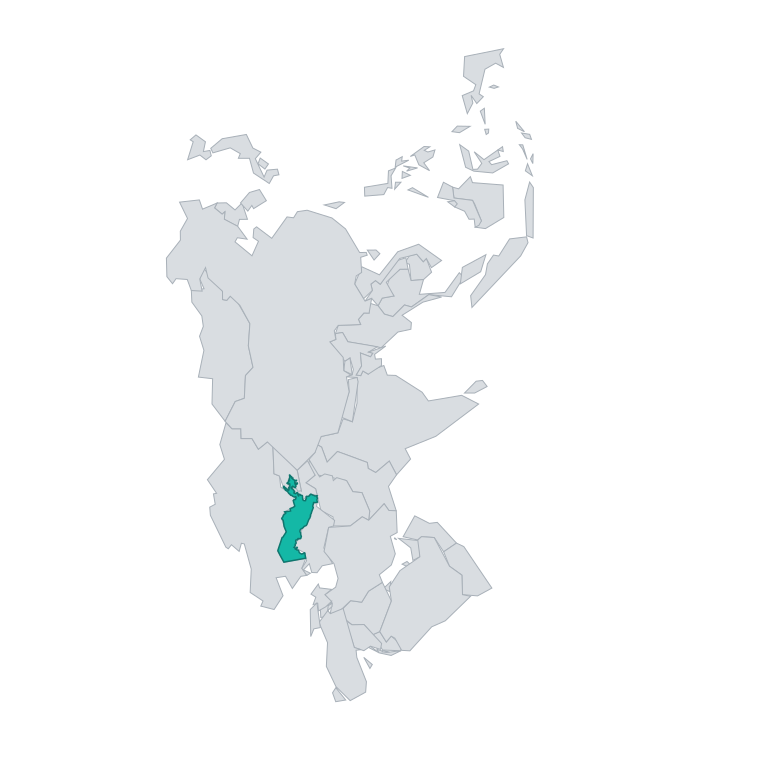 Uzbekistan highlighted on a map of Asia, rotated 257°
{"feature_id": "UZB", "entity_name": "Uzbekistan", "entity_type": "country or territory", "adm_level": 0, "iso_a3": "UZB", "parent_name": "Asia", "parent_adm1": "", "projection": "robinson", "projection_center": [66.075, 41.364], "detail": "fine", "context": "in_parent", "style": "filled", "palette": "teal", "viewbox_px": 768, "rotation_deg": 257, "n_neighbors": 45, "source": "natural_earth", "source_scale": "50m", "svg_char_len": 18329}
<svg xmlns="http://www.w3.org/2000/svg" viewBox="0 0 768 768"><g transform="rotate(257 384 384)"><path d="M381.7,221.3L374.6,225.8L372.6,234.4L363.0,232.5L360.5,243.1L348.7,246.9L353.8,257.3L351.2,262.3L321.3,256.6L317.9,261.4L306.6,260.2L294.3,272.5L284.8,269.5L281.8,258.4L275.9,254.0L261.9,255.4L245.2,242.9L232.7,246.4L231.8,268.6L222.9,262.5L214.9,265.7L215.3,259.7L205.4,248.7L218.8,244.8L219.5,235.3L200.4,238.0L189.0,226.2L195.3,214.0L199.8,217.3L211.0,206.7L233.5,213.0L259.6,211.9L260.9,209.2L253.5,205.2L261.7,199.2L258.5,195.2L260.6,193.2L295.1,185.3L303.2,186.5L304.8,192.5L315.3,193.1L315.1,196.3L330.5,190.4L346.5,211.6L361.9,210.4L381.7,221.3Z" fill="#d9dde1" stroke="#a8b0b8" stroke-width="1"/><path d="M684.9,536.2L683.8,575.9L679.2,570.9L665.6,571.6L671.5,564.9L668.0,553.2L645.3,541.9L641.6,545.4L636.4,537.5L645.7,533.8L637.8,533.8L628.7,526.0L647.4,525.1L649.5,537.2L655.0,540.8L665.9,530.7L684.9,536.2ZM597.6,574.5L594.5,582.1L589.2,582.7L592.2,576.9L597.6,574.5ZM647.7,562.3L647.3,557.8L649.6,553.5L650.6,558.2L647.7,562.3ZM560.4,495.1L557.4,500.6L566.6,514.8L560.3,515.5L551.1,544.8L519.3,538.2L512.6,517.8L516.3,508.1L521.0,515.6L538.7,512.9L543.0,511.6L549.5,494.0L560.4,495.1ZM614.3,541.0L628.2,539.2L630.1,543.8L614.3,541.0ZM608.8,543.4L605.1,542.3L604.1,539.7L609.5,539.4L608.8,543.4ZM614.6,507.0L618.8,513.4L615.7,525.8L611.9,514.1L614.6,507.0ZM576.8,512.3L600.2,511.6L591.9,518.9L573.1,518.9L572.3,523.5L577.0,528.9L590.0,524.1L580.1,531.9L588.6,552.9L583.7,552.5L586.4,547.5L579.7,548.2L577.1,536.3L573.5,538.2L573.9,554.0L570.5,554.9L565.2,537.4L571.2,519.4L576.8,512.3ZM574.9,581.1L565.3,578.6L570.4,577.4L574.9,581.1ZM570.6,574.0L581.8,571.9L586.7,569.7L585.8,573.0L570.6,574.0ZM559.9,569.7L566.3,573.4L553.5,575.4L559.9,569.7ZM496.5,556.3L531.7,562.7L548.0,571.3L541.8,573.7L492.7,562.1L496.5,556.3ZM482.9,524.6L497.1,539.0L495.3,556.0L489.3,556.1L478.1,546.0L438.8,486.9L450.6,488.3L467.7,507.5L477.8,511.8L485.0,519.7L482.9,524.6Z" fill="#d9dde1" stroke="#a8b0b8" stroke-width="1"/><path d="M598.2,577.6L603.0,571.7L610.4,571.5L598.2,577.6Z" fill="#d9dde1" stroke="#a8b0b8" stroke-width="1"/><path d="M127.1,317.4L121.9,326.0L120.3,340.4L117.9,329.9L123.2,318.6L127.1,317.4Z" fill="#d9dde1" stroke="#a8b0b8" stroke-width="1"/><path d="M131.6,311.8L123.4,318.5L131.0,309.4L131.6,311.8Z" fill="#d9dde1" stroke="#a8b0b8" stroke-width="1"/><path d="M125.1,322.8L121.4,329.1L123.4,321.9L125.1,322.8Z" fill="#d9dde1" stroke="#a8b0b8" stroke-width="1"/><path d="M125.1,322.8L142.3,316.8L143.7,324.2L132.1,328.2L136.7,334.3L126.2,342.3L120.3,340.4L125.1,322.8Z" fill="#d9dde1" stroke="#a8b0b8" stroke-width="1"/><path d="M205.6,372.5L218.3,373.2L230.3,363.5L223.4,383.1L207.6,380.1L205.6,372.5Z" fill="#d9dde1" stroke="#a8b0b8" stroke-width="1"/><path d="M201.6,369.4L201.4,364.9L204.4,361.1L205.9,366.5L201.6,369.4Z" fill="#d9dde1" stroke="#a8b0b8" stroke-width="1"/><path d="M184.6,337.0L190.0,346.2L180.5,342.9L184.6,337.0Z" fill="#d9dde1" stroke="#a8b0b8" stroke-width="1"/><path d="M143.7,324.2L142.3,316.8L154.1,310.4L156.6,298.6L164.6,292.4L174.5,293.7L180.4,302.8L176.4,313.2L185.6,322.3L191.1,337.8L170.9,342.4L143.7,324.2Z" fill="#d9dde1" stroke="#a8b0b8" stroke-width="1"/><path d="M224.4,381.8L230.9,368.3L248.6,384.3L238.0,396.9L237.2,404.8L212.7,418.8L207.1,404.4L223.1,398.4L226.8,386.2L224.4,381.8ZM231.6,359.9L229.4,361.4L230.9,359.4L231.6,359.9Z" fill="#d9dde1" stroke="#a8b0b8" stroke-width="1"/><path d="M476.9,446.0L478.7,433.6L495.0,435.7L497.3,431.5L503.5,437.8L503.1,445.1L494.3,449.8L496.8,453.5L482.2,455.5L476.9,446.0Z" fill="#d9dde1" stroke="#a8b0b8" stroke-width="1"/><path d="M490.5,433.3L478.7,433.6L476.9,446.0L463.4,438.6L459.5,464.0L475.5,482.4L470.2,485.6L453.8,469.4L461.0,447.8L452.9,428.1L456.4,421.7L447.7,407.8L452.0,400.1L461.6,395.8L468.1,401.6L467.5,413.5L478.6,408.7L486.9,414.0L492.2,425.4L490.5,433.3Z" fill="#d9dde1" stroke="#a8b0b8" stroke-width="1"/><path d="M502.1,433.7L490.5,433.3L492.2,425.4L482.6,409.1L467.5,413.5L468.1,401.6L461.6,395.8L470.2,391.2L469.0,384.2L477.8,393.7L484.3,393.7L486.7,399.0L482.0,402.8L501.2,423.3L502.1,433.7Z" fill="#d9dde1" stroke="#a8b0b8" stroke-width="1"/><path d="M461.6,395.8L452.0,400.1L447.7,407.8L456.4,421.7L452.9,428.1L461.0,447.8L455.8,459.7L455.0,440.3L446.9,417.1L437.7,424.5L431.3,422.5L431.5,409.2L420.0,389.4L433.3,358.3L443.5,355.2L444.0,348.0L451.4,352.6L447.2,374.6L452.7,373.6L457.7,380.4L456.4,385.4L466.6,387.1L461.6,395.8Z" fill="#d9dde1" stroke="#a8b0b8" stroke-width="1"/><path d="M486.7,456.4L496.8,453.5L494.3,449.8L503.1,445.1L502.8,427.6L482.0,402.8L486.7,399.0L484.3,393.7L477.8,393.7L471.7,383.3L488.0,377.9L503.1,388.9L491.4,404.1L509.8,427.2L512.4,449.2L491.4,467.9L486.7,456.4Z" fill="#d9dde1" stroke="#a8b0b8" stroke-width="1"/><path d="M597.9,262.1L596.0,271.2L587.1,278.0L592.4,286.4L575.2,288.0L576.9,280.2L570.6,276.9L573.6,273.1L580.4,265.5L587.6,267.7L585.9,264.5L593.7,258.5L597.9,262.1Z" fill="#d9dde1" stroke="#a8b0b8" stroke-width="1"/><path d="M583.1,290.2L592.7,284.9L600.9,296.0L601.5,306.4L589.1,310.6L584.2,296.4L587.7,295.4L583.1,290.2Z" fill="#d9dde1" stroke="#a8b0b8" stroke-width="1"/><path d="M383.4,220.8L403.2,211.9L427.7,218.2L432.5,204.7L457.3,216.1L472.0,215.0L480.8,220.9L491.3,221.8L507.0,215.2L518.4,217.3L517.3,230.1L527.8,228.1L537.5,234.2L510.7,247.5L502.6,245.7L500.9,249.6L504.1,253.9L498.3,259.2L473.0,266.9L451.7,260.4L429.7,260.1L423.4,250.9L401.5,244.7L400.4,235.1L383.4,220.8Z" fill="#d9dde1" stroke="#a8b0b8" stroke-width="1"/><path d="M444.0,348.0L443.5,355.2L433.3,358.3L421.8,385.9L418.6,376.2L416.5,380.1L413.5,377.0L419.5,368.0L406.5,366.2L399.0,359.0L397.4,363.2L401.4,366.4L397.1,370.9L400.4,372.5L402.0,388.0L391.9,389.2L389.7,397.4L367.4,419.3L357.5,423.4L355.5,457.1L343.2,471.7L321.4,422.8L316.2,390.1L304.9,393.0L292.7,375.8L307.7,371.8L299.6,356.0L305.3,349.6L311.3,350.1L328.7,323.5L320.7,311.0L336.5,309.0L341.2,303.9L347.0,311.0L346.8,328.1L359.3,336.3L354.3,344.7L371.4,353.4L396.4,359.2L399.4,349.0L400.3,355.1L405.1,357.4L417.0,356.7L414.9,351.0L437.2,340.7L438.3,347.1L444.0,348.0Z" fill="#d9dde1" stroke="#a8b0b8" stroke-width="1"/><path d="M418.6,376.2L420.6,394.3L415.0,381.5L410.2,381.2L409.2,387.2L402.6,385.8L397.1,370.9L401.4,366.4L397.4,363.2L399.0,359.0L406.5,366.2L419.5,368.0L413.5,377.0L416.5,380.1L418.6,376.2Z" fill="#d9dde1" stroke="#a8b0b8" stroke-width="1"/><path d="M414.9,351.0L417.0,356.7L400.3,355.1L406.0,347.8L414.9,351.0Z" fill="#d9dde1" stroke="#a8b0b8" stroke-width="1"/><path d="M396.3,350.3L396.4,359.2L392.1,359.3L354.3,344.7L361.4,334.8L384.3,348.3L396.3,350.3Z" fill="#d9dde1" stroke="#a8b0b8" stroke-width="1"/><path d="M341.2,303.9L336.5,309.0L320.7,311.0L328.7,323.5L311.3,350.1L305.3,349.6L299.6,356.0L307.7,371.8L292.7,375.8L283.2,365.3L257.7,367.4L259.7,360.3L267.3,357.2L254.7,338.4L263.4,341.5L283.1,338.1L286.1,329.4L298.3,325.8L310.8,297.7L327.3,293.9L332.8,301.4L341.2,303.9Z" fill="#d9dde1" stroke="#a8b0b8" stroke-width="1"/><path d="M275.0,294.1L297.3,293.8L305.3,285.7L310.7,296.3L317.7,291.7L327.3,293.9L307.9,300.4L309.7,306.0L306.1,313.1L301.3,312.9L303.4,316.9L298.3,325.8L286.1,329.4L283.1,338.1L263.4,341.5L254.7,338.4L259.5,332.9L253.3,319.2L257.0,302.9L266.0,304.4L275.0,294.1Z" fill="#d9dde1" stroke="#a8b0b8" stroke-width="1"/><path d="M290.5,293.9L293.2,287.7L289.7,279.0L304.3,270.7L306.1,275.0L298.5,279.4L319.5,280.0L326.4,292.2L310.7,296.3L305.3,285.7L297.3,293.8L290.5,293.9Z" fill="#d9dde1" stroke="#a8b0b8" stroke-width="1"/><path d="M305.6,262.8L317.9,261.4L321.3,256.6L351.2,262.3L319.5,280.0L298.5,279.4L298.9,275.9L316.1,271.3L303.0,267.3L305.6,262.8Z" fill="#d9dde1" stroke="#a8b0b8" stroke-width="1"/><path d="M214.9,265.7L222.9,262.5L229.3,268.9L237.4,268.5L245.2,259.9L284.0,288.8L283.9,292.5L280.0,290.7L262.2,305.2L257.0,302.9L256.7,297.8L237.8,288.5L220.5,293.5L220.8,282.9L215.2,276.3L216.6,271.2L225.7,270.8L221.0,263.7L216.2,269.7L214.9,265.7Z" fill="#d9dde1" stroke="#a8b0b8" stroke-width="1"/><path d="M191.1,337.8L185.6,322.3L176.4,313.2L180.4,302.8L172.2,288.8L172.3,280.0L182.1,284.1L192.0,279.0L196.9,291.2L204.9,295.5L220.0,294.9L234.3,287.9L256.7,297.8L253.3,319.2L259.5,332.9L254.7,338.4L267.3,357.2L259.7,360.3L257.7,367.4L236.3,363.4L234.2,355.9L216.0,356.8L206.0,350.4L199.2,336.5L191.1,337.8Z" fill="#d9dde1" stroke="#a8b0b8" stroke-width="1"/><path d="M126.2,320.9L131.6,311.8L128.7,304.4L133.9,295.8L162.4,293.3L156.6,298.6L154.1,310.4L131.7,323.3L126.2,320.9Z" fill="#d9dde1" stroke="#a8b0b8" stroke-width="1"/><path d="M184.0,284.0L170.5,275.0L170.7,269.9L180.3,271.6L184.0,284.0Z" fill="#d9dde1" stroke="#a8b0b8" stroke-width="1"/><path d="M174.5,293.7L133.9,295.8L130.3,301.9L130.9,296.9L123.7,296.0L97.9,299.9L87.9,296.8L83.1,279.8L100.0,269.1L121.8,264.3L144.7,270.8L166.2,267.0L175.9,278.2L172.3,280.0L174.5,293.7ZM85.3,265.5L94.7,264.4L98.9,268.7L84.7,275.6L85.3,265.5Z" fill="#d9dde1" stroke="#a8b0b8" stroke-width="1"/><path d="M366.0,474.4L365.3,480.8L358.4,483.9L354.8,470.3L357.1,460.4L366.0,474.4Z" fill="#d9dde1" stroke="#a8b0b8" stroke-width="1"/><path d="M511.9,409.3L507.0,402.2L518.2,397.9L516.3,406.4L511.9,409.3ZM319.5,280.0L353.8,257.3L348.7,246.9L360.5,243.1L363.0,232.5L372.6,234.4L374.6,225.8L383.4,220.8L400.4,235.1L401.5,244.7L423.4,250.9L429.7,260.1L451.7,260.4L473.0,266.9L493.0,261.3L504.1,253.9L500.9,249.6L502.6,245.7L510.7,247.5L526.9,236.4L537.6,236.3L527.8,228.1L515.4,227.7L518.4,217.3L530.1,215.8L533.4,205.1L529.3,200.5L537.4,196.6L555.6,200.3L570.0,218.0L578.7,219.9L589.5,229.8L607.2,225.7L604.9,245.5L595.2,246.5L597.9,262.1L593.7,258.5L585.9,264.5L587.6,267.7L580.4,265.5L570.6,276.9L555.9,283.2L559.5,274.0L556.0,270.8L538.6,284.2L551.3,293.8L556.1,289.4L564.3,292.0L565.8,295.2L551.2,307.4L568.6,327.1L566.3,333.3L571.4,338.4L570.6,348.2L557.5,370.6L543.8,381.4L517.6,389.8L516.2,396.3L513.3,396.6L512.7,389.8L497.7,387.3L495.6,381.3L488.0,377.9L469.0,384.2L470.2,391.2L456.4,385.4L457.7,380.4L452.7,373.6L447.2,374.6L451.4,352.6L447.0,347.5L438.3,347.1L437.2,340.7L419.1,350.2L406.0,347.8L400.1,353.8L399.4,349.0L384.3,348.3L346.8,328.1L347.0,311.0L332.8,301.4L319.5,280.0Z" fill="#d9dde1" stroke="#a8b0b8" stroke-width="1"/><path d="M571.9,366.1L571.6,381.3L569.8,386.3L565.6,376.7L571.9,366.1Z" fill="#d9dde1" stroke="#a8b0b8" stroke-width="1"/><path d="M185.0,265.3L191.6,269.6L195.7,265.6L203.9,275.0L199.8,275.4L195.7,286.7L192.0,279.0L184.0,284.0L180.0,277.1L177.6,269.0L185.1,270.1L185.0,265.3ZM182.1,284.1L178.8,283.3L175.9,278.2L180.5,279.7L182.1,284.1Z" fill="#d9dde1" stroke="#a8b0b8" stroke-width="1"/><path d="M154.4,255.8L180.8,261.4L185.8,269.4L161.0,267.2L161.2,260.6L154.4,255.8Z" fill="#d9dde1" stroke="#a8b0b8" stroke-width="1"/><path d="M576.8,445.9L571.4,438.2L578.0,440.6L576.8,445.9ZM587.0,465.3L586.3,453.9L588.6,457.7L592.2,451.8L587.0,465.3ZM599.8,460.8L606.4,476.5L604.8,482.0L602.6,475.8L600.2,478.9L600.6,486.3L594.2,482.7L590.6,472.5L581.6,476.4L589.7,467.3L600.3,465.5L599.8,460.8ZM568.9,455.9L555.9,469.3L567.7,451.0L568.9,455.9ZM580.1,409.2L578.6,432.9L590.7,436.3L591.8,443.9L585.3,437.7L572.9,435.8L574.6,431.7L568.6,426.4L571.4,407.5L580.1,409.2ZM581.4,456.6L580.3,447.8L587.0,449.7L581.4,456.6ZM599.5,446.1L601.4,452.9L597.2,451.3L596.5,458.5L592.8,443.7L599.5,446.1Z" fill="#d9dde1" stroke="#a8b0b8" stroke-width="1"/><path d="M464.4,480.9L480.0,486.6L487.1,512.4L471.7,503.5L464.4,480.9ZM560.4,495.1L549.5,494.0L543.0,511.6L521.0,515.6L517.2,512.1L516.3,508.1L524.4,509.0L525.4,503.9L534.2,501.4L540.6,492.7L546.7,494.0L553.7,478.1L567.2,487.3L560.4,495.1Z" fill="#d9dde1" stroke="#a8b0b8" stroke-width="1"/><path d="M547.2,487.1L546.7,494.0L543.0,495.9L540.6,492.7L547.2,487.1Z" fill="#d9dde1" stroke="#a8b0b8" stroke-width="1"/><path d="M659.4,281.5L658.1,306.0L643.4,309.3L637.6,316.2L632.5,309.3L612.6,313.7L618.7,318.2L617.3,328.5L611.5,328.7L611.7,323.2L605.2,317.3L618.9,304.3L634.2,303.7L636.7,292.9L640.8,295.8L648.7,287.3L647.7,269.3L652.6,268.2L659.4,281.5ZM663.0,252.6L665.5,250.1L669.0,256.8L660.2,264.5L651.1,260.3L650.7,266.9L645.2,267.0L642.5,261.0L648.5,256.1L646.7,243.1L663.0,252.6ZM620.2,316.3L626.9,310.8L632.0,314.2L624.4,320.9L620.2,316.3Z" fill="#d9dde1" stroke="#a8b0b8" stroke-width="1"/><path d="M207.1,404.4L212.7,418.8L207.6,425.2L160.9,443.2L156.5,427.5L161.1,413.1L180.2,416.9L191.7,406.8L207.1,404.4Z" fill="#d9dde1" stroke="#a8b0b8" stroke-width="1"/><path d="M120.5,341.3L133.9,337.4L136.7,334.3L132.1,328.2L143.7,324.2L170.9,342.4L185.1,343.5L198.6,357.6L207.6,380.1L224.4,381.8L226.8,386.2L223.1,398.4L191.7,406.8L180.2,416.9L161.1,413.1L157.7,420.6L139.5,390.5L136.7,375.9L118.2,349.2L120.5,341.3Z" fill="#d9dde1" stroke="#a8b0b8" stroke-width="1"/><path d="M122.2,302.8L113.3,309.5L110.0,306.3L122.2,302.8Z" fill="#d9dde1" stroke="#a8b0b8" stroke-width="1"/><path d="M305.5,262.9L306.0,262.7L306.4,262.9L306.8,263.2L306.9,263.3L306.9,263.5L306.0,264.0L305.4,264.2L305.1,264.3L304.9,264.9L304.5,265.0L304.0,265.2L303.7,265.5L303.2,266.1L301.9,267.0L302.0,267.4L302.4,267.5L303.0,267.8L303.3,268.0L304.2,267.7L304.4,267.8L304.6,268.1L304.9,268.9L305.2,269.1L305.7,269.3L306.1,269.3L306.5,269.5L307.0,269.6L307.4,269.6L307.9,269.7L308.0,269.6L308.0,268.4L308.4,268.6L308.6,268.6L308.8,268.5L308.9,268.3L309.0,267.8L308.9,267.4L309.0,267.2L309.3,267.3L309.3,267.7L309.6,267.9L309.8,268.0L310.0,268.3L310.1,268.6L310.3,269.3L310.7,269.3L311.1,269.5L311.4,269.3L311.7,269.4L311.8,269.8L311.8,270.1L311.8,270.3L312.3,270.2L312.7,270.2L313.0,270.4L313.4,270.6L314.0,271.2L314.2,271.3L315.0,271.3L315.5,271.4L315.8,271.3L316.5,271.5L316.4,271.8L314.8,272.6L314.7,272.8L314.3,273.1L314.0,273.3L313.8,273.3L313.0,273.0L312.9,273.1L312.8,273.4L313.0,273.7L312.9,273.9L312.8,274.1L312.2,273.9L311.9,273.8L311.6,273.9L311.1,274.4L310.9,274.8L310.5,275.0L310.3,275.1L309.9,275.4L309.5,275.6L309.4,275.4L309.3,275.2L309.2,275.2L308.9,275.2L308.6,275.2L308.3,275.0L307.9,274.8L307.6,274.8L306.5,274.9L306.0,275.0L305.9,275.1L305.6,275.1L304.3,275.3L304.1,275.2L303.9,274.9L303.7,274.5L303.4,274.4L303.1,274.3L302.9,274.2L303.0,273.9L304.5,272.5L304.6,272.4L304.8,272.1L304.2,271.8L304.2,271.7L304.3,271.6L304.3,271.4L303.9,271.0L303.2,270.3L302.9,270.3L302.6,271.0L301.7,271.6L299.9,272.4L299.6,272.5L299.4,272.5L299.2,272.4L298.6,271.9L298.1,271.7L297.9,271.9L297.6,272.1L297.7,272.7L297.4,273.0L297.1,273.1L297.6,274.5L297.2,274.8L297.5,275.3L297.3,275.4L296.7,275.2L295.9,275.2L294.4,275.4L294.3,275.5L295.1,275.7L295.8,275.7L296.0,275.8L296.0,276.0L295.9,276.1L295.7,276.1L295.2,276.2L295.1,276.3L295.3,276.7L295.5,276.9L295.5,277.1L295.4,277.2L295.2,277.1L295.0,277.4L294.9,277.5L294.6,277.4L294.4,277.5L294.2,278.1L294.1,278.7L293.7,279.2L293.5,279.3L293.2,279.4L292.7,279.3L292.4,279.2L291.6,279.1L290.8,279.0L289.8,278.8L288.9,279.2L288.7,279.4L288.5,279.6L288.4,279.7L288.0,281.1L288.0,281.3L288.3,281.4L289.3,281.7L289.5,281.8L289.6,282.5L290.1,282.7L290.6,282.7L291.0,282.6L291.5,282.7L291.8,282.8L291.9,283.0L292.0,283.2L291.5,284.6L291.5,285.1L291.7,285.8L292.0,286.3L292.5,286.9L292.9,287.2L293.0,287.4L293.1,287.6L293.0,287.9L292.8,288.5L292.5,288.9L292.2,289.1L291.7,289.7L291.4,290.4L290.6,291.3L290.4,291.8L290.3,293.2L290.1,293.7L289.8,293.4L289.4,293.4L289.0,293.3L288.9,293.1L288.5,293.2L287.9,293.5L287.3,293.3L286.6,292.7L285.4,292.5L283.9,292.6L283.8,291.9L283.8,291.1L283.9,290.0L284.4,289.1L284.4,288.9L284.3,288.7L284.1,288.6L283.2,288.3L283.0,288.2L282.6,287.9L282.1,287.6L281.7,287.4L281.1,287.2L280.6,287.0L280.2,287.1L279.9,287.3L279.6,287.3L279.3,287.2L278.3,286.5L276.7,285.4L275.4,284.6L274.6,284.2L274.4,284.1L273.9,283.7L272.8,282.7L272.1,282.9L271.1,282.2L270.1,281.6L269.9,281.4L268.9,280.3L266.6,278.7L264.6,277.4L264.0,276.8L263.8,276.6L263.6,276.3L263.3,274.5L262.9,273.7L262.4,273.2L262.0,272.4L261.6,271.1L261.3,270.3L261.1,269.9L260.6,269.5L259.8,269.0L259.1,268.8L258.8,268.8L258.7,268.9L258.2,269.3L257.8,269.3L257.5,269.3L257.2,269.2L256.3,269.1L256.0,269.0L255.4,269.0L254.2,269.2L253.9,269.1L252.7,268.4L252.2,268.1L252.1,267.9L252.1,267.6L252.3,267.2L252.4,266.9L252.4,266.6L252.1,266.2L252.2,265.9L252.3,265.7L252.7,265.8L252.8,265.6L252.7,265.4L252.3,265.0L251.6,264.7L251.7,264.3L251.7,264.0L251.8,263.6L251.9,263.4L251.8,263.2L251.6,263.0L251.2,262.7L250.7,262.6L249.2,262.6L248.7,262.5L248.3,262.3L248.0,261.5L247.8,261.4L247.6,261.3L247.2,261.3L246.7,261.2L246.4,261.1L245.7,260.4L245.1,259.7L244.8,260.3L244.5,260.4L243.9,260.4L243.4,260.3L243.2,260.4L242.9,260.7L242.9,260.8L243.1,261.0L243.5,261.3L244.1,262.0L244.4,262.4L244.5,262.5L244.4,262.6L244.0,262.7L243.9,262.6L243.9,262.4L243.7,262.0L243.5,261.9L243.2,261.7L242.9,261.7L242.5,261.5L242.3,261.5L242.0,261.7L241.8,261.9L241.7,262.4L241.3,263.0L241.1,263.3L240.5,263.4L239.0,263.5L238.6,263.7L238.2,263.9L237.6,264.7L237.2,265.0L236.9,265.3L236.9,266.4L237.0,267.8L237.3,268.1L237.5,268.2L237.5,268.4L237.2,268.6L237.0,268.9L236.7,268.9L236.2,268.8L235.8,268.7L231.9,268.5L232.0,265.8L232.8,249.2L232.9,246.4L240.2,244.3L245.0,243.1L245.5,243.1L246.0,243.3L249.3,245.3L251.9,246.9L252.5,247.3L257.1,250.0L257.4,250.3L257.5,250.9L257.8,251.4L258.3,251.9L258.9,252.4L260.0,253.6L261.8,255.4L262.2,255.5L267.7,254.6L273.7,255.1L275.5,254.2L276.0,254.1L276.4,254.5L277.2,255.4L277.7,255.9L278.8,256.5L280.3,259.2L281.8,258.5L281.7,259.8L281.5,261.6L281.4,262.5L281.3,264.4L283.7,264.5L283.8,265.1L283.9,266.0L284.2,267.5L284.6,268.8L284.8,269.4L285.0,269.5L285.3,269.6L289.8,269.3L290.2,269.5L290.5,269.4L290.8,269.3L291.2,269.9L291.4,270.1L291.7,270.3L291.4,271.3L291.4,271.6L291.7,272.0L292.0,272.1L292.6,272.5L293.2,272.8L293.6,272.8L294.0,272.7L294.1,272.2L293.9,271.9L293.9,271.5L294.0,271.2L294.8,270.2L295.3,269.7L296.0,269.2L296.3,268.9L296.4,268.3L296.8,267.9L297.3,267.7L297.9,267.5L298.0,267.2L298.8,266.7L299.3,266.4L299.9,266.3L300.7,265.9L301.4,265.5L302.0,264.8L302.5,264.3L302.9,264.0L303.3,264.0L303.6,264.2L303.8,264.2L304.2,263.8L304.4,263.4L304.6,263.3L305.1,263.2L305.5,262.9ZM304.3,270.9L304.2,270.7L303.8,270.3L303.7,270.4L303.8,270.6L304.1,270.9L304.3,270.9ZM307.1,277.2L306.9,277.2L306.4,277.2L306.2,277.1L306.3,276.6L306.2,276.5L306.0,276.3L305.9,276.0L306.0,275.7L306.5,276.0L307.2,276.2L307.0,276.6L307.2,277.1L307.1,277.2ZM310.0,276.8L309.8,277.1L309.6,277.0L309.4,276.8L309.5,276.7L309.8,276.6L310.0,276.5L310.0,276.8Z" fill="#14b8a6" stroke="#0f766e" stroke-width="1.5"/></g></svg>